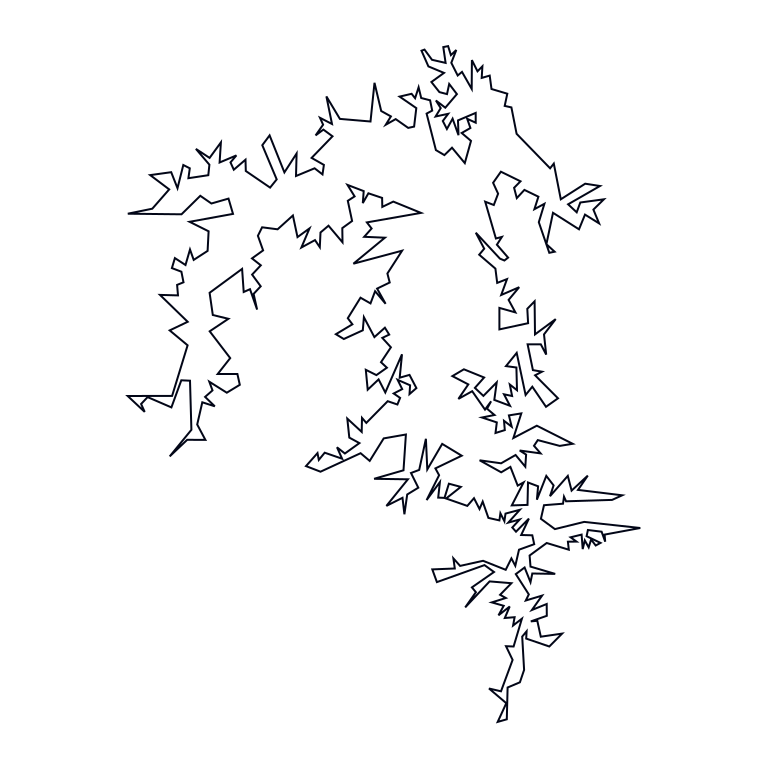 the district of Wadung Kedungombo, Jawa Tengah, Indonesia
{"feature_id": "22746128B86942252851890", "entity_name": "Wadung Kedungombo", "entity_type": "district", "adm_level": 2, "iso_a3": "IDN", "parent_name": "Indonesia", "parent_adm1": "Jawa Tengah", "projection": "equal_earth", "projection_center": [110.819, -7.295], "detail": "fine", "context": "isolated", "style": "outline", "palette": "ink", "viewbox_px": 768, "rotation_deg": 0, "n_neighbors": 0, "source": "geoboundaries", "source_scale": "gbopen_adm2", "svg_char_len": 6082}
<svg xmlns="http://www.w3.org/2000/svg" viewBox="0 0 768 768"><path d="M301.4,247.5L315.0,240.1L319.8,247.2L320.5,232.5L328.5,225.7L342.5,242.3L342.3,228.1L352.1,221.0L347.8,200.8L354.6,196.4L347.5,184.9L363.7,191.1L362.8,203.1L368.4,193.3L382.1,197.9L382.3,206.9L393.3,201.6L421.0,212.9L366.9,222.4L371.6,228.5L364.2,236.8L384.9,237.7L353.4,263.7L402.1,250.7L387.4,273.5L389.7,282.5L377.1,288.6L385.6,303.8L375.1,291.2L370.5,303.4L360.5,297.7L347.8,318.2L352.4,324.3L335.9,334.2L343.8,339.0L362.8,330.3L363.9,317.2L374.4,337.1L384.9,327.7L389.2,334.6L382.3,337.9L390.9,347.3L381.0,362.2L386.9,367.7L376.4,375.1L365.8,369.8L367.7,389.7L378.6,379.4L385.3,392.5L402.0,354.3L399.7,377.7L409.5,374.9L416.4,388.1L409.5,394.1L410.1,385.3L397.6,379.8L402.2,389.1L393.7,393.5L400.1,397.9L397.4,404.5L387.7,401.2L366.3,422.9L362.0,417.9L361.7,431.9L347.3,418.6L349.3,437.6L359.4,443.1L344.9,453.5L337.0,447.3L342.1,458.7L324.7,452.7L318.8,459.9L317.5,453.1L306.0,466.1L320.5,471.7L360.6,453.2L369.7,460.9L383.7,438.4L405.9,434.5L403.5,470.3L374.1,478.8L407.9,479.3L386.4,505.9L402.5,497.8L404.4,514.3L407.2,494.5L418.3,487.7L411.0,473.0L419.2,469.9L425.9,438.8L427.3,469.4L442.2,443.9L461.7,455.7L435.4,468.4L439.1,475.2L426.6,500.1L439.9,482.1L438.2,497.6L444.5,497.9L448.9,483.7L460.8,486.9L446.1,498.5L467.3,505.9L474.0,498.2L479.5,509.0L482.7,501.6L488.4,517.9L499.4,520.4L500.4,513.3L504.4,521.2L505.5,513.6L519.8,509.8L508.3,522.6L519.7,519.5L512.3,527.5L516.0,531.7L528.9,518.6L521.2,535.0L532.3,535.3L534.2,544.2L519.0,549.7L515.3,565.8L511.4,558.4L505.7,569.8L483.1,560.8L460.1,565.9L453.4,558.4L454.8,568.5L432.3,569.4L436.9,582.1L484.5,565.1L494.0,572.0L471.9,587.4L475.9,592.2L465.2,607.4L489.6,581.4L511.4,583.2L500.1,594.8L505.8,598.0L491.8,602.4L503.7,605.8L498.5,615.3L509.7,606.5L504.8,618.0L514.6,617.2L513.1,625.5L521.9,618.7L513.6,646.5L506.0,646.2L512.6,659.9L501.0,691.3L489.0,688.5L506.3,703.2L497.7,721.9L506.8,719.3L507.6,687.5L519.9,682.3L524.1,669.9L522.2,636.6L526.6,631.3L526.2,638.6L549.3,646.5L562.1,633.6L540.8,636.7L537.3,620.8L530.8,621.4L546.8,615.8L546.7,604.0L531.9,610.0L542.1,595.6L525.8,600.5L528.8,594.4L515.8,574.1L524.6,567.5L530.5,582.2L532.3,573.5L555.2,573.9L530.5,566.6L529.6,555.5L546.7,543.0L568.8,549.7L567.9,541.7L576.5,541.6L570.6,537.3L581.6,534.6L582.7,549.1L584.8,540.4L588.7,547.4L591.1,539.5L595.7,545.5L600.5,542.9L586.6,536.2L587.9,530.0L601.6,531.7L605.2,541.7L604.6,534.6L640.3,528.0L584.2,521.9L554.9,529.1L540.9,518.8L544.0,505.2L563.0,503.7L564.0,496.7L566.1,501.3L612.1,499.9L622.2,495.3L578.0,489.9L587.8,475.6L571.6,490.6L567.8,475.9L550.0,496.2L553.6,485.4L546.3,475.9L536.9,499.7L538.1,486.3L528.0,482.5L527.5,504.9L511.8,505.4L523.6,482.4L517.7,485.6L510.4,466.9L501.2,472.3L479.6,460.3L501.1,463.3L515.6,455.0L525.3,466.7L526.1,454.6L519.7,450.5L540.6,453.4L534.0,445.8L537.8,440.1L559.7,445.9L572.7,443.8L536.8,425.7L513.4,438.0L521.3,413.4L508.9,415.4L511.7,426.7L504.0,420.8L504.8,430.1L495.5,433.0L496.8,422.4L482.0,417.5L494.5,415.0L487.0,408.7L491.1,401.3L485.0,409.6L472.2,391.2L458.4,398.9L468.3,384.4L452.4,376.1L463.9,369.3L484.1,377.5L474.9,387.9L483.4,395.9L496.7,382.4L494.3,399.9L510.0,405.8L504.0,394.3L512.1,396.0L509.8,384.5L517.0,390.2L516.4,367.5L506.0,366.1L516.7,352.9L525.6,395.0L532.3,386.7L546.0,406.8L558.0,398.3L535.1,375.3L542.0,371.7L532.9,370.1L527.6,344.3L540.8,344.3L546.2,354.6L544.0,334.4L555.7,319.1L535.0,334.4L534.6,301.3L527.3,308.8L528.1,323.2L499.4,329.4L499.4,307.9L515.4,312.4L508.6,299.9L519.2,287.2L501.2,295.0L507.0,279.1L497.2,282.9L495.4,268.6L479.2,254.7L484.2,248.7L475.8,232.7L499.9,258.6L504.4,260.5L508.1,257.6L496.9,244.7L501.9,236.9L495.9,238.5L485.2,201.7L493.8,205.0L498.1,193.7L493.1,182.8L500.9,171.7L520.5,181.3L514.1,187.8L516.8,198.1L524.4,189.9L538.4,196.7L534.4,209.2L544.4,203.8L538.8,222.2L549.3,252.8L554.6,251.7L546.4,244.2L553.0,212.8L579.0,229.3L585.0,214.6L599.1,223.4L593.4,209.6L603.9,199.3L580.3,202.5L576.7,212.3L568.1,204.3L600.0,186.0L585.2,183.7L560.8,199.3L553.8,163.6L550.1,168.3L516.6,133.8L511.4,107.4L504.7,105.9L507.3,93.7L491.5,89.0L489.7,75.6L481.7,77.9L482.4,66.3L477.5,71.3L471.9,60.1L471.7,88.9L462.0,71.9L457.7,75.5L451.3,62.8L456.3,50.0L450.9,55.1L448.1,46.1L443.3,47.1L445.6,62.9L432.0,59.8L424.5,49.6L421.5,50.7L428.4,66.4L444.0,72.9L431.4,82.0L439.4,92.1L447.0,94.1L449.2,84.0L456.9,94.1L445.3,107.7L435.9,100.5L440.7,108.1L435.6,116.5L448.2,113.8L442.8,121.0L446.9,129.0L452.6,118.7L458.5,135.2L458.0,120.4L475.7,112.9L475.7,122.7L467.2,118.8L470.4,128.0L461.7,133.0L471.0,140.9L464.8,163.1L452.0,147.7L444.4,155.1L435.9,150.1L426.6,113.6L432.2,110.6L430.1,100.3L421.2,98.0L418.6,87.3L415.1,98.2L411.6,93.8L399.6,96.6L416.3,108.1L414.1,126.6L408.2,127.9L395.7,119.1L385.8,124.7L390.9,116.4L381.2,111.0L374.5,82.8L370.5,121.5L339.9,118.9L326.4,96.4L332.0,124.0L320.0,117.8L323.1,124.7L315.6,135.4L323.4,129.6L332.5,136.3L311.6,157.9L323.9,164.9L322.5,174.4L314.6,168.3L296.0,176.0L296.6,153.5L284.4,172.4L269.6,135.4L262.3,145.2L276.7,179.4L270.1,187.6L245.8,171.0L245.5,159.7L233.8,169.7L230.5,162.4L236.4,155.4L219.6,162.5L220.9,142.4L209.6,157.9L195.9,148.9L209.4,164.7L208.3,175.2L188.4,178.2L189.8,168.3L183.3,165.0L177.5,188.2L171.2,172.2L150.2,175.1L169.2,189.4L152.3,208.7L127.8,213.7L181.5,214.3L200.3,195.8L211.4,203.5L228.5,198.6L233.0,213.9L189.6,221.8L208.6,231.3L207.6,250.9L193.7,259.9L190.0,249.5L185.5,265.0L174.9,258.1L171.9,268.1L181.4,271.7L183.5,282.3L177.1,284.9L178.0,295.4L160.0,294.9L187.7,321.8L169.7,330.4L187.6,345.3L172.1,395.9L127.7,396.0L144.7,411.9L141.1,404.0L147.6,397.1L171.4,407.4L181.3,380.3L190.0,380.7L191.4,429.8L169.7,456.4L187.2,439.8L205.4,439.9L197.2,424.5L202.3,402.3L214.8,406.3L205.1,396.9L212.5,390.4L209.3,381.7L226.8,392.7L239.8,384.8L237.4,374.0L217.7,374.0L230.2,358.1L209.7,331.3L228.4,318.8L212.8,315.0L209.6,292.8L242.1,268.9L243.7,292.0L250.0,289.2L257.1,309.6L253.6,293.9L260.7,286.3L252.1,274.6L260.8,265.3L252.0,258.4L263.1,250.4L257.9,235.8L262.1,227.3L277.6,229.3L292.9,215.5L297.5,237.1L309.5,228.4L301.4,247.5Z" fill="none" stroke="#020617" stroke-width="2"/></svg>